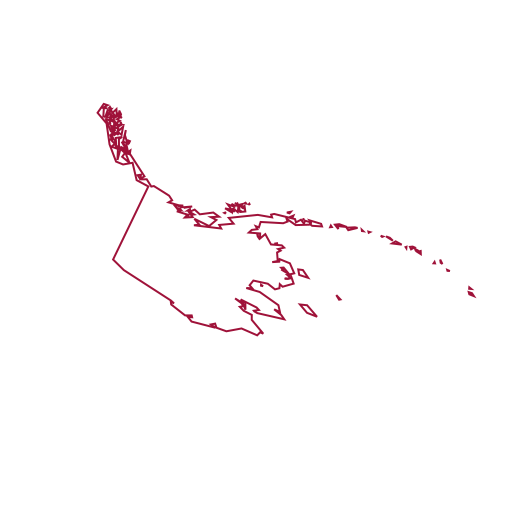 outline of Alaska, rotated 210°
{"feature_id": "USA-3563", "entity_name": "Alaska", "entity_type": "State", "adm_level": 1, "iso_a3": "USA", "parent_name": "United States of America", "parent_adm1": "", "projection": "natural_earth1", "projection_center": [-152.163, 61.314], "detail": "fine", "context": "isolated", "style": "outline", "palette": "rose", "viewbox_px": 512, "rotation_deg": 210, "n_neighbors": 0, "source": "natural_earth", "source_scale": "10m", "svg_char_len": 6206}
<svg xmlns="http://www.w3.org/2000/svg" viewBox="0 0 512 512"><g transform="rotate(210 256 256)"><path d="M378.0,181.5L384.0,262.4L397.3,262.0L409.5,275.0L416.9,268.8L424.4,267.8L438.7,279.5L451.7,296.1L464.8,300.8L463.9,311.6L459.9,312.4L462.8,307.7L458.7,309.6L461.7,308.0L458.0,300.5L451.8,302.8L451.8,306.1L450.2,305.3L451.1,300.1L453.8,299.9L454.4,299.5L444.2,291.5L438.8,290.7L439.2,289.8L440.8,289.8L442.1,289.3L442.2,289.0L437.6,285.9L438.2,285.8L442.1,287.7L442.3,287.6L438.1,284.0L441.2,284.5L434.3,282.5L435.9,278.4L429.1,279.7L424.0,269.9L426.9,281.0L421.0,279.7L421.5,275.0L412.3,273.5L420.2,279.7L415.8,281.2L392.4,269.2L394.8,265.2L396.3,268.9L398.9,266.8L394.4,264.6L389.0,267.8L381.4,263.8L379.4,265.5L361.4,264.8L356.5,262.3L358.6,258.7L349.5,261.0L351.6,259.0L348.7,257.9L345.7,258.9L344.2,258.4L348.3,257.6L343.7,256.5L347.0,255.1L336.0,257.6L336.9,253.7L330.3,258.0L333.8,259.5L331.8,259.9L330.4,261.0L335.7,261.0L332.3,265.5L325.5,264.0L314.7,272.3L307.6,271.6L314.5,267.1L308.3,267.4L311.6,258.5L328.0,257.4L320.8,254.8L325.1,251.6L299.9,262.4L303.4,264.5L291.6,272.8L298.6,275.4L275.0,292.5L261.4,297.5L263.6,299.4L261.3,301.5L240.6,307.5L238.2,305.1L235.2,309.9L230.7,308.0L231.1,311.1L225.4,312.5L225.6,309.7L237.1,302.6L248.2,303.6L245.9,301.6L248.8,298.0L269.0,287.8L267.8,282.2L271.1,281.7L268.2,279.9L272.7,276.5L273.9,272.7L263.7,277.6L261.8,274.2L264.1,274.0L265.0,275.2L265.3,274.9L264.3,273.8L261.5,272.5L258.9,279.6L248.8,273.5L239.0,278.1L235.8,277.3L240.3,273.1L237.4,272.9L239.5,269.6L234.7,262.5L238.9,258.8L233.0,262.7L234.0,265.1L223.0,266.6L214.2,260.1L217.9,256.7L226.3,259.8L228.3,258.4L224.8,257.4L227.4,256.9L216.3,256.7L219.2,255.2L215.1,254.3L216.2,253.8L216.7,252.4L217.2,252.4L218.0,251.8L218.9,251.7L219.8,250.6L217.2,251.9L215.7,253.2L216.1,253.7L214.9,254.1L214.9,255.5L209.6,250.9L217.6,242.7L221.3,243.5L219.6,239.8L222.9,236.6L231.9,237.9L246.0,233.4L246.9,227.5L243.2,226.2L248.4,223.4L234.8,226.7L212.0,224.6L207.3,219.5L213.6,218.9L204.6,217.5L199.9,215.3L226.3,207.2L229.8,207.2L230.5,207.5L226.5,210.7L229.8,211.7L247.6,210.7L241.8,210.1L238.3,204.2L243.6,208.5L252.9,208.8L244.6,207.8L242.0,206.1L244.6,203.9L239.2,202.4L230.2,202.9L227.8,198.6L210.9,192.4L214.3,191.9L215.3,187.9L232.3,186.0L244.0,176.0L256.7,173.7L255.0,174.7L257.6,177.0L260.8,174.2L255.5,173.5L279.0,167.0L284.7,169.2L280.7,171.0L282.0,172.4L287.7,169.1L305.2,171.6L306.9,173.8L303.3,174.0L307.5,174.9L363.4,177.7L378.0,181.5ZM306.3,286.6L300.5,287.6L303.2,288.9L299.1,289.1L293.3,294.7L295.1,291.1L292.5,292.7L293.5,291.2L291.5,290.9L289.7,291.3L292.5,291.3L291.0,293.7L287.5,289.2L291.7,286.2L293.1,286.4L292.5,287.4L293.7,287.4L294.0,288.6L295.0,289.6L295.9,289.9L293.8,284.9L299.1,285.8L300.0,284.7L298.4,283.1L306.3,286.6ZM451.8,308.3L450.3,313.4L447.1,308.4L443.0,308.2L444.8,304.9L441.5,305.0L442.9,302.7L441.8,300.2L439.1,298.3L447.5,303.1L450.5,306.5L447.6,305.0L446.6,306.6L451.8,308.3ZM193.7,236.0L187.1,238.9L172.8,233.9L183.4,232.3L193.7,236.0ZM424.3,288.1L418.0,281.2L428.2,282.9L421.4,283.2L429.5,287.8L422.2,285.3L424.3,288.1ZM212.7,265.5L208.4,267.3L199.9,263.2L209.1,261.2L212.7,265.5ZM436.5,288.1L431.4,292.2L433.2,288.7L427.7,279.5L429.8,281.7L433.4,281.7L436.7,286.9L432.6,282.3L436.5,288.1ZM428.3,288.7L431.7,300.0L430.0,295.2L423.5,289.1L428.3,288.7ZM227.3,313.7L215.7,316.4L213.6,314.6L222.5,310.2L224.2,310.4L225.3,312.9L227.3,313.7ZM456.2,301.9L457.6,309.1L456.0,304.8L452.8,306.5L456.2,301.9ZM435.6,292.2L442.5,292.5L443.7,295.6L440.6,293.8L442.8,296.6L439.0,297.5L438.2,293.7L435.6,292.2ZM203.3,322.6L199.8,325.2L191.7,326.6L200.3,322.7L198.2,320.5L203.3,322.6ZM298.8,281.7L306.6,281.8L301.8,283.3L298.8,281.7ZM438.0,294.4L435.7,301.5L433.0,293.7L438.0,294.4ZM191.7,325.8L184.7,330.3L182.1,331.1L189.0,324.5L191.7,325.8ZM144.4,334.9L142.4,338.5L135.5,338.7L144.4,334.9ZM446.3,301.0L450.2,300.6L450.1,302.2L446.3,301.0ZM342.1,262.0L342.7,262.3L336.0,267.0L342.1,262.0ZM53.7,331.1L50.4,331.8L47.2,330.2L52.1,329.5L53.7,331.1ZM127.2,340.9L125.0,342.5L123.0,342.7L125.0,339.3L127.2,340.9ZM447.2,313.6L443.7,311.2L443.2,308.6L443.8,308.5L447.2,313.6ZM449.6,298.3L450.4,300.4L447.8,297.0L449.6,298.3ZM444.1,295.6L444.4,294.2L446.6,296.2L443.9,296.9L444.1,295.6ZM118.5,340.2L115.9,342.7L114.2,340.0L118.5,340.2ZM443.9,297.4L444.9,299.4L443.1,298.4L443.9,297.4ZM422.3,289.4L424.1,292.2L422.6,292.4L422.3,289.4ZM347.8,261.5L345.0,262.9L344.1,261.6L345.0,260.8L347.8,261.5ZM145.1,337.7L153.2,338.0L149.2,338.7L145.1,337.7ZM245.8,307.1L243.8,309.7L243.6,307.7L245.8,307.1ZM438.2,302.1L439.3,300.3L441.6,300.2L438.2,302.1ZM162.2,259.7L166.9,262.3L161.2,260.6L162.2,259.7ZM243.4,278.2L245.8,276.1L246.3,275.8L243.4,278.2ZM120.9,340.9L121.8,341.7L117.7,341.7L120.9,340.9ZM206.2,318.0L206.4,319.8L204.8,319.0L206.2,318.0ZM456.3,308.9L454.7,310.6L455.0,308.2L456.3,308.9ZM297.4,291.6L300.9,291.2L298.8,291.6L298.4,292.3L297.4,291.6ZM335.9,262.5L337.9,261.2L336.7,263.6L335.9,262.5ZM248.3,309.7L251.0,309.1L247.9,311.8L248.3,309.7ZM92.7,342.5L94.7,345.0L90.6,342.3L92.7,342.5ZM82.8,338.9L83.5,339.6L80.6,339.9L82.8,338.9ZM453.1,309.0L454.3,308.0L453.9,309.5L453.1,309.0ZM430.8,281.2L430.5,280.1L432.8,281.4L430.8,281.2ZM55.0,334.2L55.6,335.5L53.1,335.1L55.0,334.2ZM418.3,283.1L417.6,284.6L416.8,282.6L418.3,283.1ZM98.5,338.5L98.4,340.1L97.3,339.1L98.5,338.5ZM346.8,260.9L350.6,259.9L348.7,260.7L346.8,260.9ZM298.5,282.4L298.4,281.9L301.1,283.2L298.5,282.4ZM303.9,278.9L304.2,277.5L305.0,277.5L303.9,278.9ZM288.2,296.6L287.9,297.9L287.5,297.6L288.2,296.6ZM156.3,335.6L158.1,335.9L155.7,336.4L156.3,335.6ZM236.8,232.8L237.2,233.6L234.8,233.4L236.8,232.8ZM439.6,303.1L440.2,304.4L439.1,303.5L439.6,303.1ZM170.0,332.5L170.8,333.3L169.2,333.7L170.0,332.5ZM298.9,284.9L298.1,284.5L296.5,283.8L298.1,283.9L298.9,284.9ZM446.6,310.8L445.9,309.0L447.1,310.3L446.6,310.8ZM176.7,330.6L177.5,331.6L175.5,331.1L176.7,330.6ZM292.3,295.9L291.7,296.9L290.7,296.5L292.3,295.9ZM457.3,310.8L457.0,312.1L455.8,311.5L457.3,310.8ZM232.7,312.3L233.3,310.9L233.5,311.6L232.7,312.3ZM335.0,258.0L334.4,256.8L335.7,257.7L335.0,258.0ZM441.3,308.5L443.0,308.3L442.3,308.9L441.3,308.5ZM130.3,339.2L129.7,337.9L130.9,338.5L130.3,339.2Z" fill="none" stroke="#9f1239" stroke-width="2"/></g></svg>